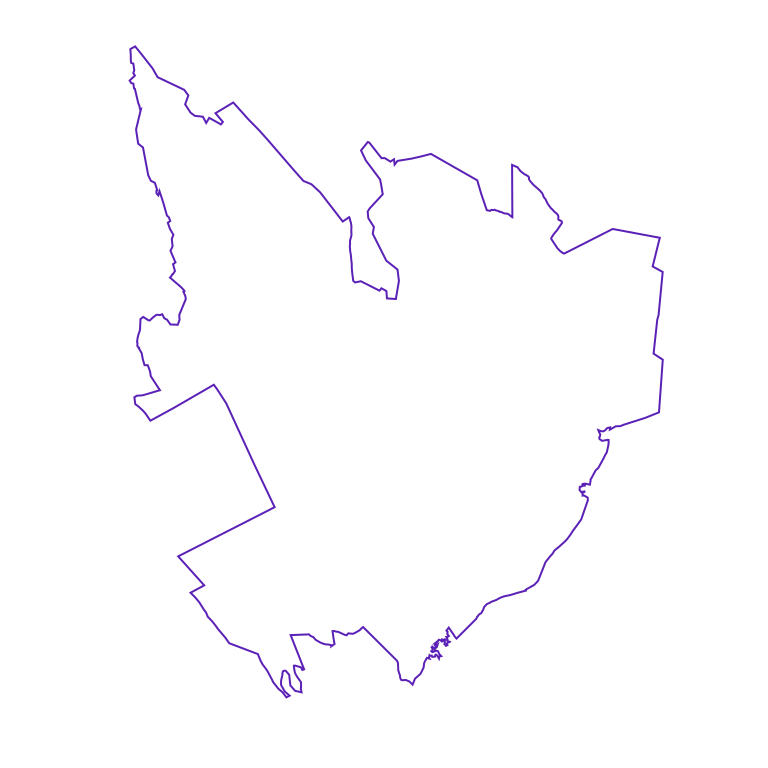 San Lucas Ojitlán, Oaxaca, Mexico (Robinson projection), rotated 184°
{"feature_id": "50627088B65217892760777", "entity_name": "San Lucas Ojitlán", "entity_type": "district", "adm_level": 2, "iso_a3": "MEX", "parent_name": "Mexico", "parent_adm1": "Oaxaca", "projection": "robinson", "projection_center": [-96.36, 18.035], "detail": "fine", "context": "isolated", "style": "outline", "palette": "violet", "viewbox_px": 768, "rotation_deg": 184, "n_neighbors": 0, "source": "geoboundaries", "source_scale": "gbopen_adm2", "svg_char_len": 6118}
<svg xmlns="http://www.w3.org/2000/svg" viewBox="0 0 768 768"><g transform="rotate(184 384 384)"><path d="M655.8,703.4L660.4,700.4L659.6,694.8L659.1,689.0L658.6,686.7L656.4,686.1L655.0,679.4L655.8,676.7L654.0,674.3L658.9,669.0L657.1,666.5L655.0,666.2L653.9,661.3L653.1,661.1L648.7,646.9L647.7,645.1L646.4,640.9L645.6,641.4L649.1,620.6L646.0,606.6L640.9,603.1L633.8,575.9L630.8,570.5L626.6,568.7L623.7,561.4L624.5,560.8L624.2,558.2L622.3,556.4L621.4,560.7L616.8,549.4L612.3,536.9L610.2,535.2L608.6,531.7L610.9,529.8L608.4,523.9L604.5,518.1L605.8,513.9L604.5,506.5L606.3,502.0L600.5,490.7L602.8,488.8L600.4,482.1L602.2,478.9L602.9,478.6L603.5,477.1L604.9,475.2L593.0,466.3L589.9,463.4L589.5,462.7L590.5,462.1L588.3,457.8L587.6,455.0L593.1,438.5L592.4,433.7L593.9,428.7L601.2,428.5L604.9,433.0L607.8,434.3L610.1,438.1L612.4,437.1L615.2,437.3L616.1,436.9L619.1,434.3L622.0,431.1L623.2,431.0L628.9,434.1L631.5,431.7L631.4,430.6L631.2,420.8L632.5,415.8L633.0,412.9L633.3,408.8L632.8,407.9L632.7,404.6L630.9,403.0L631.2,402.7L627.9,397.9L626.4,392.1L624.2,386.1L620.9,386.2L618.2,380.0L617.2,375.5L607.1,362.2L623.9,355.9L630.1,355.0L631.0,354.0L632.1,353.4L630.7,346.5L627.6,344.6L622.2,340.3L619.1,337.0L614.5,331.1L592.6,345.1L553.7,371.4L550.3,367.4L539.9,353.5L507.5,294.2L484.5,253.5L577.3,197.7L549.3,170.6L562.4,162.3L557.4,157.9L553.0,153.3L547.9,146.3L545.6,143.7L543.6,139.6L538.7,135.1L534.7,130.7L532.7,128.2L524.6,119.9L520.3,114.6L491.0,105.8L487.6,98.9L485.4,95.6L482.3,92.1L480.2,89.4L475.2,81.4L473.8,78.9L468.1,72.6L463.8,69.5L459.5,64.6L456.4,66.5L461.5,70.3L465.5,76.2L465.9,78.3L465.9,81.4L465.0,87.0L465.1,88.4L465.0,89.6L464.3,90.9L462.1,91.1L458.3,87.3L456.4,76.8L451.3,71.7L444.7,70.7L445.8,74.5L445.6,76.2L446.0,80.7L450.4,86.1L452.0,88.5L452.9,90.3L454.1,95.4L454.2,96.7L453.1,96.9L447.1,95.6L445.5,93.0L443.8,93.8L459.6,127.0L441.4,129.0L439.5,127.5L436.7,126.5L434.4,124.1L429.4,121.6L426.2,120.6L423.8,120.2L420.8,120.2L418.1,119.7L418.2,118.7L415.2,121.2L416.6,126.7L418.1,133.9L416.5,134.1L414.3,133.6L412.5,133.6L405.8,131.1L403.8,130.7L402.2,132.8L397.6,132.6L394.9,134.1L391.1,136.7L389.3,138.8L387.9,140.1L351.9,109.0L350.8,107.2L350.5,105.9L349.8,99.3L347.7,94.2L347.3,91.9L346.7,90.7L346.2,90.0L345.1,89.8L341.9,90.2L341.1,90.1L337.9,89.0L334.5,86.1L332.5,92.2L327.5,97.3L327.0,98.2L324.7,103.9L324.5,108.0L324.1,109.5L322.1,113.8L319.4,113.2L320.1,114.3L319.7,116.6L319.0,116.0L317.4,116.4L316.9,115.2L314.2,115.5L313.9,116.3L313.9,117.3L313.4,117.7L311.8,116.6L310.0,113.9L309.6,116.2L308.0,116.6L310.2,118.6L311.4,121.2L313.3,121.6L316.7,119.9L317.7,120.3L318.2,120.8L317.1,121.6L317.1,123.0L317.4,123.9L318.1,124.5L317.6,125.4L316.6,124.5L316.0,124.5L315.6,124.3L315.0,122.8L314.0,124.4L313.0,125.1L312.3,127.9L314.3,126.2L314.8,126.5L315.2,127.2L314.9,128.2L313.8,129.4L314.7,129.2L312.5,131.3L311.4,132.7L309.8,132.4L308.3,131.1L307.9,131.3L307.8,132.1L308.2,133.0L308.2,133.3L306.0,132.8L305.5,133.6L305.0,133.5L304.8,132.8L305.7,132.2L306.0,131.5L305.0,130.3L305.6,128.7L304.5,128.2L304.3,127.4L304.0,127.1L302.5,127.9L303.0,129.3L302.6,130.4L300.4,131.2L300.3,131.4L301.2,131.6L302.1,131.4L302.6,131.8L302.7,133.0L303.2,134.7L304.2,136.1L302.2,136.7L301.7,137.1L303.1,138.7L303.5,139.5L303.2,141.1L304.5,142.3L302.4,145.5L297.2,139.0L295.8,137.0L293.9,135.1L275.5,156.3L274.9,158.2L274.1,159.1L273.3,160.5L272.0,161.6L271.2,162.0L270.6,162.9L270.3,164.0L269.6,165.0L268.4,168.7L267.9,169.5L266.7,170.7L266.2,171.5L262.5,173.6L262.0,174.1L257.1,176.3L253.3,178.8L249.0,180.7L243.5,182.2L235.4,185.3L228.0,187.8L228.3,188.6L227.0,189.6L220.1,194.1L216.5,198.5L210.4,217.7L206.1,223.9L205.1,225.0L203.5,227.4L202.6,229.4L201.8,230.3L198.1,233.8L192.1,240.0L190.6,241.9L187.8,246.2L185.1,251.1L182.3,255.4L177.8,262.7L172.5,282.4L172.9,284.9L176.8,286.8L178.1,286.5L178.2,289.8L176.5,290.3L176.6,290.8L178.9,290.2L179.3,289.6L181.5,291.8L181.5,295.1L180.6,295.2L177.6,296.7L176.6,296.6L176.5,297.0L177.5,297.3L178.6,296.8L179.1,297.5L178.8,298.1L177.5,298.5L175.7,298.6L171.6,297.9L171.2,301.6L171.3,303.2L170.7,304.1L166.9,312.5L164.3,315.3L159.7,325.3L158.4,328.6L157.0,331.3L155.9,338.7L155.8,342.0L156.0,342.2L156.0,343.8L156.9,343.9L162.4,342.5L165.2,344.1L165.6,345.8L165.0,346.6L164.7,348.7L166.0,350.8L167.0,353.0L164.2,352.1L162.1,352.0L160.3,353.1L158.4,355.5L155.4,356.5L155.5,354.2L149.8,358.0L145.4,358.4L142.0,360.1L121.1,368.4L107.7,374.9L107.6,427.7L117.2,433.1L115.9,467.1L114.9,472.0L113.8,515.2L124.2,520.0L119.1,549.1L166.7,554.6L213.3,526.7L214.6,527.0L217.7,529.0L220.7,531.8L227.4,540.6L227.1,541.8L225.7,544.3L224.3,546.5L222.0,549.6L218.1,556.4L217.7,557.5L218.3,558.8L219.5,559.4L221.0,559.8L221.7,560.7L221.7,563.2L222.3,564.7L223.4,565.9L225.9,567.6L228.6,570.2L229.4,570.6L233.3,575.2L235.8,579.6L237.9,581.9L238.4,583.4L239.8,585.7L242.3,588.1L248.8,593.1L252.4,596.6L253.6,598.3L253.9,600.5L254.5,601.1L256.7,602.4L258.2,602.9L261.2,604.8L262.9,606.1L265.9,609.5L271.5,611.5L267.6,559.4L269.1,560.1L269.9,560.9L271.9,562.2L273.6,562.6L275.4,562.5L276.7,562.8L279.5,563.9L280.8,563.8L281.7,564.5L284.9,565.1L285.7,565.6L287.2,565.1L289.0,565.2L290.3,564.1L293.6,564.6L300.3,580.5L305.2,593.7L353.2,616.8L363.1,613.5L372.4,610.7L386.1,607.5L388.7,603.6L389.7,608.9L393.1,606.3L399.0,609.4L402.2,609.1L415.4,623.7L417.0,624.3L423.2,615.4L417.7,605.7L402.2,587.8L400.6,582.0L398.5,573.2L410.6,558.1L412.3,554.9L411.2,548.3L405.0,539.9L405.7,533.1L390.3,507.2L378.5,499.1L376.3,487.9L378.1,469.6L387.0,469.6L388.1,476.9L393.3,479.3L395.0,476.8L414.3,484.9L420.0,483.3L421.9,484.8L423.7,493.9L424.4,498.9L424.5,501.5L425.3,505.4L425.9,509.6L427.2,515.1L427.3,516.8L427.7,518.5L427.6,521.0L427.9,524.5L426.9,529.6L426.9,531.1L427.4,535.6L427.4,538.2L427.8,540.6L428.4,543.0L429.4,545.3L429.6,546.5L430.4,548.0L436.5,543.2L461.1,570.8L470.3,578.2L478.5,580.9L487.2,589.4L516.9,619.3L526.4,628.5L537.7,638.5L554.0,654.3L571.0,642.4L563.0,634.2L564.8,631.6L576.9,637.3L579.6,632.0L583.3,638.0L591.4,638.3L595.9,641.2L601.9,649.1L599.3,658.2L603.8,663.5L631.3,674.3L636.8,682.6L648.4,695.5L655.8,703.4Z" fill="none" stroke="#5b21b6" stroke-width="2"/></g></svg>